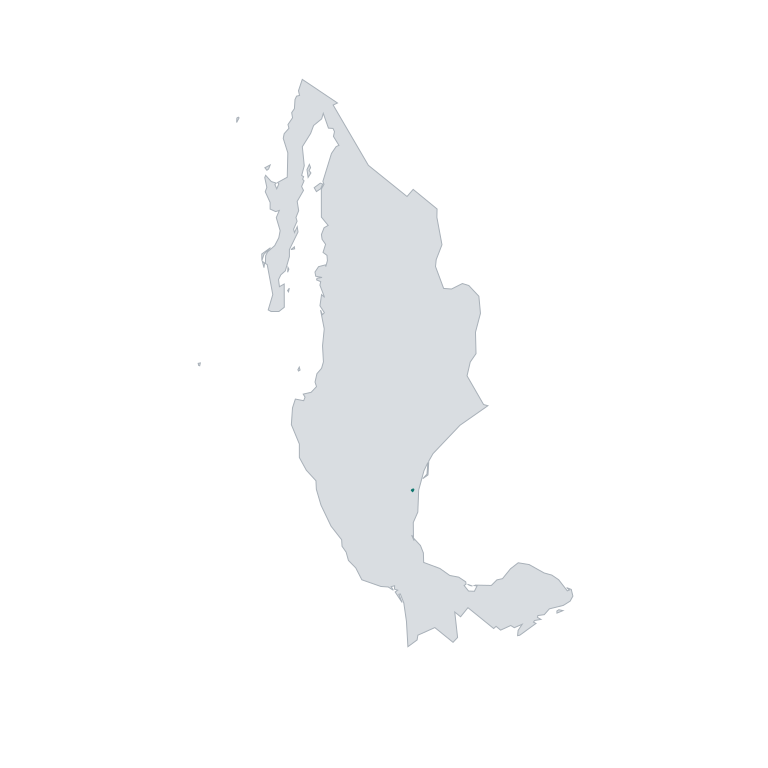 Poza Rica de Hidalgo, Veracruz, Mexico shown in context, rotated 39°
{"feature_id": "50627088B10700770102469", "entity_name": "Poza Rica de Hidalgo", "entity_type": "district", "adm_level": 2, "iso_a3": "MEX", "parent_name": "Mexico", "parent_adm1": "Veracruz", "projection": "robinson", "projection_center": [-97.436, 20.539], "detail": "fine", "context": "in_parent", "style": "filled", "palette": "teal", "viewbox_px": 768, "rotation_deg": 39, "n_neighbors": 0, "source": "geoboundaries", "source_scale": "gbopen_adm2", "svg_char_len": 4229}
<svg xmlns="http://www.w3.org/2000/svg" viewBox="0 0 768 768"><g transform="rotate(39 384 384)"><path d="M128.8,198.7L171.0,194.9L168.9,199.2L234.2,223.9L283.9,223.8L284.2,214.4L315.1,214.6L320.2,221.2L341.4,239.3L346.3,254.5L350.1,260.3L370.2,272.2L376.7,267.7L381.7,256.6L387.9,254.1L402.5,256.1L414.5,268.4L422.5,286.2L436.4,302.5L437.2,312.7L443.4,325.4L474.3,337.3L478.4,335.5L469.0,368.2L465.9,407.3L467.3,415.7L475.4,427.0L473.7,433.1L474.1,427.0L467.5,417.4L469.6,426.2L477.7,444.6L490.9,462.3L493.9,473.2L503.2,484.4L500.6,484.1L505.9,486.8L504.2,485.2L514.0,486.6L520.9,490.5L527.1,497.7L543.5,492.2L555.6,491.4L563.6,487.1L572.0,486.3L573.7,487.9L573.1,490.2L580.0,491.7L584.7,488.2L583.4,482.4L581.1,483.8L581.7,482.7L594.2,473.0L595.0,465.2L598.6,460.7L598.6,448.0L600.8,438.5L610.4,433.0L627.3,430.1L634.7,426.9L642.9,426.2L656.6,429.4L657.7,427.4L654.1,427.3L658.8,425.8L664.3,430.0L665.3,435.6L662.7,443.2L654.0,454.7L653.7,462.4L649.3,467.1L650.1,468.8L654.1,468.2L649.9,473.0L650.0,475.0L652.8,474.4L647.6,493.8L646.2,495.5L643.3,491.1L642.6,483.8L638.6,491.4L634.5,491.9L629.5,501.9L623.6,501.8L623.1,505.0L590.0,505.0L590.0,516.7L582.5,516.7L600.7,534.7L600.2,541.3L576.8,541.3L568.4,557.9L570.8,562.1L567.9,573.1L550.8,554.3L537.2,541.7L528.8,536.9L527.9,538.1L535.6,542.4L523.6,538.6L524.4,535.6L521.2,536.8L519.2,534.1L517.1,537.0L521.1,538.4L515.0,539.1L509.0,543.3L490.0,550.1L477.8,544.7L467.4,543.5L460.4,538.5L453.5,536.5L449.1,531.7L432.3,527.8L411.3,517.8L397.7,508.4L392.0,502.0L377.9,499.9L364.5,494.4L356.0,483.9L337.6,473.9L327.9,460.1L324.6,451.5L332.1,447.5L330.9,443.9L327.6,442.7L332.6,436.3L333.2,428.5L329.2,425.9L325.4,418.2L325.6,411.1L323.0,404.9L312.2,393.0L302.9,378.8L288.2,366.5L292.5,368.8L292.8,366.1L285.0,363.5L279.2,353.8L283.3,354.1L272.0,347.5L270.4,344.3L266.1,345.5L265.4,344.0L268.8,340.2L263.1,343.2L259.9,340.4L259.3,334.0L263.5,328.3L264.9,329.4L262.3,323.6L258.7,319.9L253.8,320.1L250.7,312.2L244.8,310.5L241.3,307.2L239.1,300.3L240.8,295.9L230.3,293.7L212.6,271.9L211.7,266.6L209.0,265.0L198.1,237.9L197.4,229.6L198.8,226.9L188.9,223.4L186.7,219.0L183.5,217.5L179.8,220.1L166.5,211.9L168.7,217.2L166.6,227.4L169.3,235.5L171.2,251.0L184.7,264.6L188.8,273.8L191.0,273.4L191.9,276.1L194.0,276.4L195.7,282.4L199.6,284.2L201.6,296.7L208.6,303.0L210.8,310.0L214.0,312.2L216.3,320.6L219.1,322.6L217.6,316.4L221.5,320.0L225.9,339.1L230.3,344.5L236.1,358.2L235.1,364.0L236.3,369.2L241.5,374.2L243.5,369.1L258.2,387.1L256.7,393.8L250.7,398.7L247.4,399.3L241.3,384.5L218.1,364.7L216.0,365.0L211.3,358.8L210.4,354.6L212.0,345.3L210.2,336.5L206.8,330.2L195.6,322.5L193.4,315.0L191.3,318.2L185.4,319.7L181.3,314.6L170.7,309.3L169.2,304.9L161.4,298.6L160.7,296.3L169.0,297.6L173.8,295.7L173.7,297.7L177.8,299.8L176.4,294.7L174.5,294.4L178.7,284.2L163.8,264.9L151.1,256.5L148.9,252.3L149.2,245.1L146.1,242.8L145.4,234.7L141.5,231.2L141.1,226.4L135.8,218.9L134.9,215.3L136.8,212.9L133.0,209.9L128.8,198.7ZM211.9,272.1L210.4,277.0L206.2,275.4L208.1,268.0L210.6,267.2L211.9,272.1ZM195.0,271.2L189.2,265.8L187.8,260.3L190.8,262.1L191.4,265.2L194.4,266.0L195.0,271.2ZM662.6,453.2L661.2,451.6L661.9,449.4L665.7,447.5L662.6,453.2ZM211.4,364.9L207.2,359.9L210.0,349.5L209.1,358.8L211.4,364.9ZM158.5,291.6L155.3,290.9L157.7,285.4L159.0,289.5L158.5,291.6ZM104.9,273.5L102.3,269.9L102.9,268.3L103.9,268.4L104.9,273.5ZM215.0,365.1L217.5,369.1L212.2,365.2L215.0,365.1ZM310.0,426.0L309.4,427.7L308.1,427.1L307.5,424.2L310.0,426.0ZM237.8,354.6L238.8,357.8L236.0,353.8L237.8,354.6ZM228.0,333.8L229.5,335.2L227.1,338.1L228.0,333.8ZM229.3,485.8L228.2,486.2L226.6,484.9L228.0,483.2L229.3,485.8ZM577.8,486.4L574.9,487.1L579.9,485.4L577.8,486.4ZM251.8,372.5L250.3,372.1L250.1,369.1L251.8,372.5Z" fill="#d9dde1" stroke="#a8b0b8" stroke-width="1"/><path d="M473.8,449.4L473.8,449.2L473.8,448.9L473.8,448.7L473.7,448.5L473.7,448.4L473.7,448.2L473.6,447.9L473.6,447.7L473.4,447.5L473.4,447.4L473.2,447.3L472.9,447.4L472.9,447.5L473.0,447.5L473.0,447.8L472.9,447.9L472.9,448.0L472.7,448.1L472.5,448.3L472.4,448.3L472.3,448.5L472.3,448.8L472.3,449.0L472.5,449.0L472.8,449.2L472.8,449.3L473.0,449.3L473.3,449.4L473.5,449.4L473.8,449.4L473.8,449.4Z" fill="#14b8a6" stroke="#0f766e" stroke-width="1.5"/></g></svg>